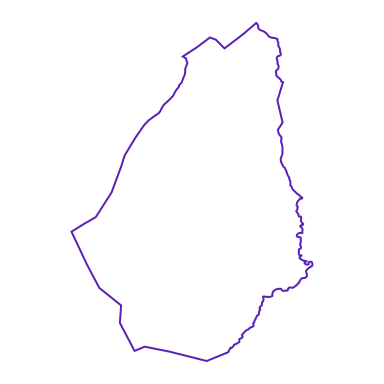 outline of Shilu'ustei, Dzavhan, Mongolia
{"feature_id": "93677404B51379066868573", "entity_name": "Shilu'ustei", "entity_type": "district", "adm_level": 2, "iso_a3": "MNG", "parent_name": "Mongolia", "parent_adm1": "Dzavhan", "projection": "equal_earth", "projection_center": [97.401, 46.971], "detail": "fine", "context": "isolated", "style": "outline", "palette": "violet", "viewbox_px": 384, "rotation_deg": 0, "n_neighbors": 0, "source": "geoboundaries", "source_scale": "gbopen_adm2", "svg_char_len": 5964}
<svg xmlns="http://www.w3.org/2000/svg" viewBox="0 0 384 384"><path d="M71.5,231.7L87.2,265.0L99.3,287.9L121.1,305.4L119.9,323.0L134.6,350.9L144.7,346.7L168.9,351.5L206.7,361.0L228.2,352.2L230.4,347.9L231.2,348.0L231.8,347.8L233.4,346.1L234.1,344.9L234.4,344.6L236.7,343.6L238.2,342.7L239.2,342.1L239.4,341.8L239.4,341.6L239.2,340.0L239.2,339.5L239.8,338.8L240.8,338.5L241.4,338.2L242.3,337.4L242.5,337.1L242.5,336.6L242.4,336.3L242.1,335.9L242.0,335.5L242.0,334.9L242.5,334.1L243.5,333.4L243.9,332.6L244.3,332.2L245.5,331.0L246.5,330.2L247.2,329.8L247.8,329.7L248.2,329.5L250.1,327.7L250.5,327.5L252.7,326.8L253.3,326.2L253.5,325.8L253.6,325.3L253.5,324.8L253.2,324.0L253.1,323.5L253.2,323.3L253.6,322.9L254.3,322.0L254.4,321.7L254.6,320.7L254.8,320.0L255.5,319.2L256.1,317.5L256.7,316.5L257.0,315.7L258.3,314.9L258.8,314.4L258.9,314.1L259.0,313.7L259.0,312.5L259.2,311.2L259.4,310.6L260.2,310.0L260.2,309.8L260.2,309.4L259.6,308.5L259.5,308.2L259.6,307.9L259.9,307.0L260.1,306.7L261.7,305.5L261.8,305.2L262.0,302.7L262.1,302.2L262.8,301.5L263.2,301.0L263.4,299.6L263.4,299.0L263.5,298.4L263.5,298.0L263.4,297.4L263.0,296.9L263.0,296.7L263.9,296.5L265.0,296.6L265.6,296.8L266.9,296.8L269.3,297.0L269.9,296.9L271.1,296.4L271.9,296.2L272.4,295.8L272.4,295.4L272.4,293.5L273.1,291.7L273.5,291.2L274.5,290.5L275.4,289.7L276.0,289.5L278.3,288.8L280.8,288.9L281.3,289.1L281.8,289.9L282.4,290.5L283.1,290.9L284.6,290.8L285.9,290.5L287.1,290.6L287.5,290.4L287.8,290.1L288.0,289.2L288.2,288.8L288.2,288.6L288.4,288.5L288.5,288.3L288.7,287.9L289.1,287.7L289.5,287.6L290.1,287.5L290.6,287.4L292.2,287.8L292.8,287.7L294.2,287.1L294.6,286.7L295.1,286.1L295.8,285.6L296.6,285.3L297.5,284.0L298.3,283.2L299.2,282.6L299.3,282.4L299.4,281.6L299.6,281.2L300.2,280.3L301.0,279.0L301.3,278.7L301.8,278.4L302.7,278.1L303.3,278.0L304.7,277.9L305.2,277.8L306.1,277.1L306.6,276.5L306.8,276.1L306.9,275.7L306.9,274.4L306.0,271.4L306.0,271.0L306.2,270.7L307.8,268.8L309.1,267.8L311.5,266.2L312.0,265.9L312.4,265.4L312.5,264.9L312.2,263.5L312.2,262.8L311.9,262.4L311.7,262.1L310.6,261.7L309.5,261.8L309.2,262.0L308.9,262.4L308.8,262.7L308.8,263.7L308.8,264.0L308.5,264.3L308.2,264.5L307.1,264.6L305.9,264.3L305.5,264.1L304.7,263.3L304.6,263.0L304.5,262.5L304.9,262.0L305.5,261.7L306.6,261.4L306.6,261.2L304.1,260.7L302.7,260.3L301.8,259.8L300.2,258.7L299.7,258.3L299.6,257.9L299.7,257.1L299.8,256.8L301.2,255.9L301.4,255.8L301.5,255.5L301.4,255.3L301.1,255.2L300.1,255.4L299.8,255.3L299.5,255.1L299.1,254.6L298.8,253.8L298.7,253.2L298.9,252.2L299.0,251.5L298.7,250.3L298.7,250.0L298.9,249.6L299.1,249.3L299.4,249.0L300.6,248.5L300.8,248.3L300.9,247.9L300.9,246.6L300.8,246.1L300.4,245.4L300.1,244.6L300.2,244.0L300.5,243.3L300.8,242.1L300.7,240.0L300.8,238.1L300.8,237.8L300.6,237.4L300.3,237.3L298.3,237.0L297.4,236.7L297.0,236.3L296.8,235.9L296.8,235.5L296.8,235.1L297.2,234.6L297.8,234.0L298.7,233.3L299.1,233.1L299.9,232.9L300.8,232.9L301.8,233.1L302.0,233.1L302.3,232.9L302.4,232.5L302.3,231.5L302.3,230.7L302.5,230.1L302.6,229.5L302.3,228.6L302.1,228.1L301.8,227.8L300.6,226.8L300.4,226.6L300.3,226.3L300.4,225.7L300.6,225.6L300.9,225.3L302.2,225.1L302.8,224.8L303.1,224.5L303.2,224.2L303.2,223.8L302.4,223.3L302.0,222.8L301.5,222.1L301.2,221.6L301.0,220.8L300.9,219.4L301.2,218.3L301.3,217.6L301.2,217.2L301.0,216.8L300.6,216.6L300.1,216.5L299.4,216.6L298.9,216.5L298.7,216.2L298.5,215.8L298.5,214.7L298.3,214.0L296.3,211.4L296.4,210.8L297.4,209.4L297.5,209.0L297.4,207.9L297.5,207.6L297.7,207.3L297.8,207.1L297.8,206.7L297.6,206.5L296.8,205.8L296.6,205.4L296.6,204.8L296.7,204.1L297.0,203.4L297.3,202.0L297.9,201.2L298.3,200.9L299.1,199.6L300.1,198.8L301.6,198.7L302.1,198.2L302.3,197.7L300.5,196.7L299.7,195.5L299.0,195.0L297.7,194.3L295.4,192.0L293.7,190.5L292.9,189.6L292.3,188.8L292.1,188.1L291.8,187.1L291.5,186.4L290.7,185.9L290.5,185.6L290.4,185.1L290.4,184.0L290.5,182.3L290.4,181.6L290.1,180.8L289.3,179.3L289.4,177.9L288.7,176.8L287.7,175.2L287.0,173.1L286.2,170.8L284.9,168.2L284.3,167.4L283.5,166.7L282.2,164.6L281.0,161.7L280.9,161.1L280.7,159.7L280.7,158.8L280.9,158.0L281.3,156.9L282.2,155.0L282.4,153.4L282.6,152.0L282.4,150.1L282.4,149.6L282.5,148.9L282.5,147.6L282.0,144.7L281.9,144.1L281.4,143.1L281.1,141.0L281.2,139.8L281.6,137.6L280.2,135.6L279.9,135.3L278.8,133.9L278.5,132.8L278.5,132.2L278.3,131.8L278.1,131.1L277.9,129.8L282.6,122.5L277.4,100.5L283.0,82.1L282.0,82.0L281.4,81.6L281.2,80.5L280.6,79.8L280.1,79.1L279.7,78.7L277.0,76.4L276.3,75.1L276.2,74.6L276.3,73.6L276.2,73.0L276.0,72.6L275.9,71.9L276.0,71.2L276.2,70.6L276.6,70.3L277.1,69.9L278.0,69.0L278.3,68.5L278.5,67.8L278.6,67.1L278.6,66.5L278.4,65.5L278.0,64.7L277.7,64.3L277.5,63.8L277.6,62.9L277.3,60.2L277.2,59.6L276.8,58.7L276.8,57.6L277.0,57.2L277.2,56.8L277.7,56.4L278.2,56.1L279.9,55.6L280.3,55.3L280.7,54.7L280.8,53.8L280.4,52.3L280.0,51.6L280.0,51.1L280.1,49.6L279.9,49.0L279.4,47.8L278.5,46.2L278.3,45.7L278.2,45.1L278.3,44.0L278.4,43.4L278.4,42.7L277.7,41.8L277.5,41.2L277.5,40.0L277.5,39.4L277.3,39.0L276.0,38.5L275.2,38.2L270.9,37.5L269.6,37.0L269.0,36.6L268.3,35.9L267.4,34.5L266.9,33.8L264.9,32.2L264.1,31.7L263.4,31.3L261.9,30.7L260.4,30.2L259.9,29.9L259.4,29.5L258.7,28.6L258.4,28.1L258.2,27.6L258.2,26.9L257.8,25.1L257.4,24.2L256.9,23.6L256.2,23.0L243.5,33.9L224.5,48.4L215.9,39.7L209.9,37.5L196.6,47.5L182.8,56.5L185.0,57.9L185.8,58.2L186.0,58.4L186.5,60.3L186.7,61.4L187.3,62.5L187.3,63.0L187.0,64.2L186.7,64.8L186.4,65.7L185.5,68.2L185.3,68.7L185.2,69.3L185.2,71.5L185.1,73.2L184.7,74.7L184.6,75.2L184.4,75.7L183.5,77.3L182.6,80.1L181.6,82.6L181.1,83.2L179.3,85.0L179.1,85.4L179.0,86.4L178.8,86.8L177.8,88.2L176.9,89.2L175.9,90.5L175.3,91.6L173.6,94.8L172.9,96.0L172.0,97.0L170.9,98.1L169.2,99.9L166.5,102.4L164.6,104.0L163.7,105.0L162.1,107.4L160.1,111.4L159.3,112.5L158.9,113.0L155.7,115.2L149.2,119.9L147.5,121.6L144.8,124.3L143.3,126.3L135.8,137.1L124.6,155.5L121.3,166.2L111.5,192.6L95.7,217.2L83.5,224.2L71.5,231.7Z" fill="none" stroke="#5b21b6" stroke-width="2"/></svg>